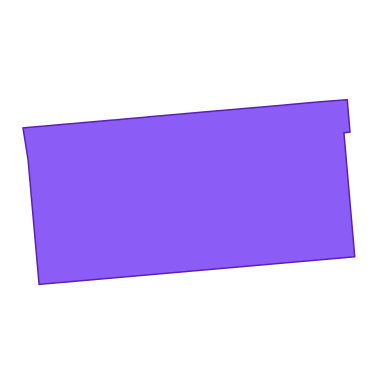 outline of Deuel, Nebraska, United States of America, rotated 175°
{"feature_id": "52423323B45543435698504", "entity_name": "Deuel", "entity_type": "district", "adm_level": 2, "iso_a3": "USA", "parent_name": "United States of America", "parent_adm1": "Nebraska", "projection": "natural_earth1", "projection_center": [-102.339, 41.112], "detail": "fine", "context": "isolated", "style": "filled", "palette": "violet", "viewbox_px": 384, "rotation_deg": 175, "n_neighbors": 0, "source": "geoboundaries", "source_scale": "gbopen_adm2", "svg_char_len": 522}
<svg xmlns="http://www.w3.org/2000/svg" viewBox="0 0 384 384"><g transform="rotate(175 192 192)"><path d="M352.4,113.3L35.5,113.3L35.5,237.7L29.4,237.9L29.3,270.4L53.5,270.7L55.2,270.7L55.3,270.7L60.7,270.7L66.0,270.7L105.4,270.6L115.3,270.6L116.1,270.6L167.3,270.7L176.2,270.7L216.9,270.7L217.0,270.7L217.7,270.7L228.7,270.7L231.2,270.6L251.7,270.6L263.0,270.5L264.6,270.6L275.0,270.6L312.8,270.6L343.9,270.6L354.7,270.6L354.7,269.5L352.5,238.2L352.4,113.3Z" fill="#8b5cf6" stroke="#5b21b6" stroke-width="1.5"/></g></svg>